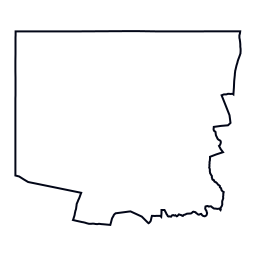 Wundanyi, Coast, Kenya (Albers equal-area conic projection)
{"feature_id": "3690345B46260760479849", "entity_name": "Wundanyi", "entity_type": "district", "adm_level": 2, "iso_a3": "KEN", "parent_name": "Kenya", "parent_adm1": "Coast", "projection": "albers", "projection_center": [38.338, -3.299], "detail": "fine", "context": "isolated", "style": "outline", "palette": "ink", "viewbox_px": 256, "rotation_deg": 0, "n_neighbors": 0, "source": "geoboundaries", "source_scale": "gbopen_adm2", "svg_char_len": 5325}
<svg xmlns="http://www.w3.org/2000/svg" viewBox="0 0 256 256"><path d="M223.0,152.2L220.7,149.1L219.0,145.9L219.7,145.3L220.1,144.7L220.3,144.2L220.6,143.5L220.8,142.5L220.8,141.9L220.6,141.1L220.2,140.6L219.6,140.3L218.9,139.9L218.2,139.4L217.7,138.9L217.3,138.2L217.1,137.6L216.8,137.0L216.4,136.3L216.1,135.6L215.9,135.1L215.8,134.4L215.7,133.7L215.6,133.0L215.6,132.5L215.4,131.7L214.9,131.4L214.3,131.1L213.9,130.4L213.6,129.7L213.6,128.8L213.7,127.9L213.8,126.9L221.0,125.9L228.0,125.3L229.3,124.1L230.5,122.9L230.0,119.0L229.5,115.2L225.6,105.3L221.6,95.3L222.4,95.0L223.4,94.6L224.0,94.4L224.6,94.4L225.3,94.4L226.2,94.4L227.0,94.2L227.6,93.9L228.2,93.8L228.9,93.9L229.8,93.9L230.6,94.0L231.3,93.9L231.9,93.9L232.7,93.9L233.4,94.4L233.9,87.7L234.2,80.9L234.4,79.0L234.6,77.1L234.8,75.3L234.9,73.4L235.1,72.1L235.2,70.8L235.5,69.8L235.7,68.9L236.0,67.6L236.3,66.3L236.6,65.1L237.0,63.9L237.4,62.6L237.7,61.2L238.3,59.4L239.0,57.6L239.5,56.2L240.0,54.9L240.2,54.1L240.5,53.4L240.5,52.3L240.6,51.2L240.6,50.0L240.6,48.9L240.5,48.2L240.4,47.5L240.3,46.6L240.3,45.6L240.3,45.0L240.3,44.3L240.2,43.2L240.1,41.9L240.0,41.2L239.9,40.5L239.8,39.7L239.7,39.1L239.5,38.4L239.4,37.6L239.4,36.8L239.4,36.1L239.4,35.2L239.7,34.3L239.9,33.5L240.0,32.9L240.1,32.1L240.2,31.3L218.5,31.3L196.8,31.4L188.2,31.4L179.6,31.4L157.3,31.4L135.1,31.1L75.3,31.4L15.6,31.4L15.6,33.4L15.6,35.4L15.5,37.3L15.5,39.3L15.5,46.7L15.5,54.2L15.4,60.8L15.4,67.3L15.4,69.2L15.4,71.0L15.5,77.7L15.5,84.4L15.5,89.9L15.5,95.4L15.4,98.5L15.4,101.7L15.4,104.8L15.4,108.0L15.4,110.9L15.4,113.9L15.4,116.9L15.4,120.0L15.4,123.1L15.4,126.3L15.4,127.6L15.4,128.9L15.4,130.7L15.4,132.5L15.4,135.4L15.4,138.4L15.4,141.5L15.4,144.5L15.4,147.2L15.4,149.8L15.4,150.7L15.4,151.5L15.4,153.6L15.4,155.7L15.4,158.2L15.4,160.7L15.4,162.3L15.4,163.8L15.4,164.6L15.4,166.4L15.4,168.0L15.4,171.7L15.4,175.5L17.3,176.0L19.2,176.5L23.6,179.3L28.1,182.0L54.7,187.4L81.2,192.8L81.0,193.4L80.7,194.1L80.5,194.6L80.3,195.2L80.0,196.0L79.7,196.9L79.4,197.7L79.1,198.3L78.9,198.9L78.6,199.4L78.3,200.0L78.1,200.6L77.4,202.3L76.7,203.9L76.6,204.7L76.5,205.8L76.3,206.9L76.2,207.8L76.1,208.6L75.9,209.5L75.6,210.3L75.4,210.8L75.3,211.4L75.1,212.3L74.9,213.2L74.8,213.8L74.7,214.4L74.6,215.0L74.4,215.8L74.1,216.7L73.8,217.6L73.4,219.0L73.0,220.0L76.3,220.8L79.5,221.5L80.9,221.8L82.2,222.1L83.0,222.2L83.9,222.4L84.7,222.6L85.5,222.8L86.0,223.0L87.0,223.3L88.2,223.6L88.9,223.8L89.5,223.8L90.4,223.8L91.3,223.8L91.9,223.7L92.6,223.7L93.8,223.7L94.6,223.8L95.4,224.0L96.0,224.0L96.7,224.1L97.4,224.1L98.0,224.0L98.9,223.8L99.8,223.9L100.6,224.0L101.2,224.1L102.6,224.2L103.9,224.3L107.1,224.6L110.3,224.9L111.1,222.0L111.9,218.9L112.2,218.1L112.7,217.2L113.3,216.3L113.6,215.4L114.0,214.8L114.4,214.3L115.0,213.8L115.6,213.3L121.0,212.6L126.4,211.9L128.5,211.6L130.5,211.4L136.2,214.0L141.8,216.6L144.0,218.8L146.1,220.9L147.3,222.1L148.5,223.2L149.1,222.9L149.7,222.2L150.3,221.6L150.7,220.9L150.9,220.2L151.4,217.9L151.9,215.9L153.4,215.9L154.9,216.0L156.0,215.9L157.1,215.9L158.6,215.9L160.2,215.9L160.7,216.3L161.2,216.8L161.5,213.4L161.5,210.0L163.0,210.0L164.5,210.0L165.2,211.3L166.1,213.0L166.4,213.8L166.7,214.3L167.1,214.7L167.4,215.4L167.8,216.1L168.4,216.5L169.4,216.4L170.4,216.6L171.2,216.6L171.5,216.0L172.0,215.4L172.6,215.2L173.4,215.1L174.1,215.5L174.8,215.5L175.4,215.2L176.0,215.7L176.7,216.3L177.3,216.1L177.7,215.6L178.4,215.0L178.9,214.4L179.6,214.6L180.3,214.9L181.1,215.1L181.6,215.2L182.2,215.8L182.9,215.9L183.3,215.3L183.9,214.9L184.7,214.7L185.3,214.5L186.1,214.1L186.6,213.8L187.2,213.7L188.1,213.6L189.0,213.6L189.8,213.5L190.5,213.5L191.1,213.4L191.8,212.9L192.4,212.4L192.8,211.9L193.5,211.7L194.5,212.0L195.5,212.2L196.1,213.0L196.9,213.5L197.6,214.1L198.3,214.6L199.2,214.6L199.9,214.3L200.4,214.0L201.2,213.9L201.5,214.3L201.8,214.8L202.4,215.4L203.1,215.9L203.8,216.1L204.8,216.3L205.7,215.8L206.3,215.4L206.7,214.7L206.9,213.9L207.1,213.0L206.8,212.3L206.6,211.5L206.3,210.5L205.7,209.8L205.4,209.2L205.2,208.4L205.3,207.8L205.4,207.2L205.5,206.5L206.3,206.2L207.0,206.1L207.8,206.0L208.5,206.5L209.2,206.5L210.1,206.3L211.0,206.3L211.6,206.8L212.1,207.3L212.7,207.6L213.2,208.1L213.9,208.5L214.9,208.6L215.7,208.6L216.2,208.7L216.8,208.8L217.4,208.9L218.2,208.8L219.3,208.6L219.8,209.0L220.1,209.7L220.5,210.1L220.8,209.3L220.6,208.4L220.6,207.8L221.1,207.1L221.6,206.4L221.8,205.9L222.1,205.1L222.3,204.2L222.2,203.5L222.2,202.8L222.2,202.0L222.2,201.2L222.6,200.1L222.9,199.2L223.2,198.5L223.2,197.8L223.1,197.0L223.1,196.4L223.3,195.5L223.3,194.6L223.3,194.0L223.3,193.4L223.6,192.8L223.7,192.0L223.1,191.7L222.6,191.4L222.0,190.7L221.4,189.9L221.3,189.1L221.1,188.3L220.5,187.7L219.9,187.3L219.8,186.6L219.9,186.0L219.2,185.4L218.7,185.0L218.2,184.8L217.8,184.4L217.4,183.7L216.8,183.0L216.1,182.6L215.8,182.1L215.1,182.0L214.4,181.5L214.1,181.0L214.1,180.4L213.5,179.9L212.7,179.8L212.3,179.2L212.2,178.3L211.9,177.7L211.8,177.1L211.9,176.5L211.8,175.8L211.2,175.1L210.8,174.3L210.5,173.8L210.1,173.2L210.1,172.6L209.9,171.8L209.8,171.0L209.9,170.4L209.8,169.8L209.8,169.1L209.5,168.3L209.2,167.5L209.4,166.8L209.5,166.0L209.4,165.2L209.4,164.6L209.5,164.0L209.6,163.2L209.5,162.4L209.6,161.5L209.9,160.5L209.9,159.7L210.0,159.1L210.0,158.3L210.0,157.5L210.0,156.8L216.3,154.4L223.0,152.2Z" fill="none" stroke="#020617" stroke-width="2"/></svg>